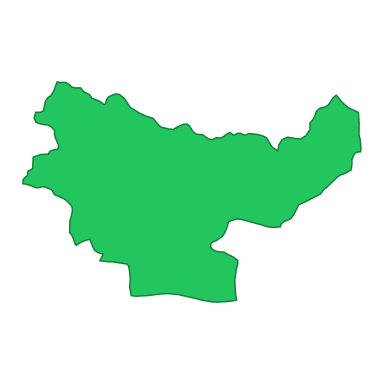 Al-Amadiya, Dihok, Iraq (Albers equal-area conic projection)
{"feature_id": "34846034B75127748114443", "entity_name": "Al-Amadiya", "entity_type": "district", "adm_level": 2, "iso_a3": "IRQ", "parent_name": "Iraq", "parent_adm1": "Dihok", "projection": "albers", "projection_center": [43.505, 37.091], "detail": "fine", "context": "isolated", "style": "filled", "palette": "green", "viewbox_px": 384, "rotation_deg": 0, "n_neighbors": 0, "source": "geoboundaries", "source_scale": "gbopen_adm2", "svg_char_len": 3129}
<svg xmlns="http://www.w3.org/2000/svg" viewBox="0 0 384 384"><path d="M57.2,81.9L55.7,85.6L54.8,88.4L53.1,92.2L50.8,95.7L48.4,97.1L47.1,98.5L45.2,101.8L44.5,105.5L43.9,108.3L43.3,110.9L42.0,111.6L40.5,112.3L35.7,112.3L34.2,118.2L36.0,122.4L40.7,124.0L42.9,124.5L47.9,125.0L49.8,126.0L51.9,127.6L53.9,129.5L54.6,130.9L54.6,132.1L54.4,133.2L54.6,134.9L55.4,137.9L57.0,141.5L58.5,145.0L58.3,147.6L57.8,149.4L55.3,149.4L53.1,150.1L50.6,150.8L49.2,152.2L48.4,154.1L40.9,154.5L36.6,155.9L33.2,157.1L33.0,160.4L32.8,164.8L32.8,168.3L31.1,169.7L28.0,171.1L27.4,175.6L24.7,177.9L23.1,179.5L23.0,182.6L23.0,183.8L25.1,184.0L29.0,185.0L31.4,185.9L36.1,187.8L38.4,187.8L41.7,186.9L43.0,186.7L45.1,187.1L48.8,188.6L50.7,189.3L52.6,190.9L53.7,193.5L54.8,194.9L58.0,196.1L63.4,198.5L65.6,199.9L68.8,202.9L71.2,205.5L72.3,207.9L72.3,211.6L71.6,214.7L71.0,217.5L70.1,220.1L69.9,221.9L69.9,223.1L69.7,225.9L69.7,228.3L69.7,230.1L69.6,232.7L71.9,235.1L72.6,237.0L73.4,238.6L74.3,241.6L75.4,244.5L76.4,245.2L81.6,241.9L85.4,240.5L87.0,240.0L89.7,239.3L91.2,242.6L92.7,246.6L94.5,250.1L95.8,251.1L97.1,252.0L98.3,252.7L100.9,253.7L103.3,253.9L101.8,257.0L100.7,258.6L99.9,260.8L107.9,261.7L113.8,262.0L127.2,264.1L128.6,266.2L129.5,270.9L130.2,278.2L129.7,288.0L130.2,289.7L130.7,292.7L131.2,295.6L135.9,296.2L139.5,296.0L140.6,295.9L147.6,295.6L161.3,293.9L168.4,293.6L175.7,294.4L177.6,294.4L186.8,296.5L196.2,298.6L202.6,300.3L211.5,301.8L216.7,302.1L223.1,301.8L228.5,301.4L233.2,300.8L236.2,300.1L236.6,300.0L235.6,294.4L235.1,287.0L234.9,282.2L234.8,280.2L235.5,275.2L236.2,269.6L237.8,264.0L237.8,260.5L233.8,257.3L227.7,254.3L223.7,252.0L221.3,252.0L217.1,251.4L214.7,250.8L211.9,248.8L210.5,246.7L211.2,243.2L212.8,242.0L216.4,240.5L222.5,236.4L224.8,232.5L226.5,228.7L228.6,221.9L232.3,220.2L237.5,219.0L241.0,219.3L247.6,221.0L255.6,223.3L261.5,224.8L267.6,226.8L274.0,227.4L280.3,226.8L281.2,224.1L283.6,221.8L287.8,220.0L291.1,218.5L294.6,213.2L298.6,204.9L304.9,202.0L317.8,195.4L320.6,193.9L324.6,188.6L326.0,188.0L333.7,180.6L337.7,176.8L340.5,175.0L344.2,173.8L351.2,169.9L351.9,164.6L351.9,159.9L353.5,155.8L354.9,153.1L358.2,151.9L360.3,151.9L361.0,149.8L360.4,141.0L359.9,138.3L359.0,135.1L359.1,122.7L358.4,112.4L348.5,107.8L346.2,106.0L341.2,101.3L338.6,97.8L336.3,95.2L333.5,97.3L328.6,104.7L325.1,107.0L319.9,108.2L316.4,111.2L315.3,114.7L313.4,118.9L309.9,123.0L310.0,129.2L306.0,135.7L300.4,139.0L294.8,138.4L287.5,137.2L282.1,139.6L278.8,144.9L277.9,150.8L275.1,149.1L272.0,147.0L266.6,137.9L264.5,136.7L261.9,135.6L257.2,134.4L249.7,133.5L244.6,135.3L240.6,133.3L237.8,133.3L233.5,135.3L231.0,133.0L229.1,132.7L221.1,138.0L216.2,137.7L212.2,139.8L208.5,138.9L202.8,134.8L196.5,134.2L193.0,131.6L189.5,126.0L187.6,124.2L183.8,124.2L180.9,125.4L177.5,126.9L173.3,129.5L168.6,128.9L161.1,127.2L156.9,123.1L153.1,118.3L146.3,116.3L139.3,113.0L130.4,107.4L124.6,98.9L119.6,94.5L115.2,93.9L108.6,96.8L106.5,99.7L105.6,103.6L104.2,104.7L99.7,101.2L95.8,99.7L91.8,98.2L89.7,94.7L86.6,93.2L83.4,91.4L80.6,87.9L75.2,87.9L72.4,87.3L68.2,83.7L64.9,82.3L60.2,82.5L57.2,81.9Z" fill="#22c55e" stroke="#15803d" stroke-width="1.5"/></svg>